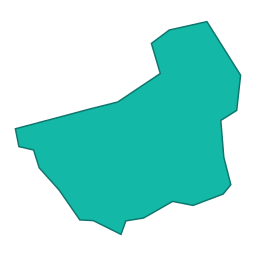 map outline of Kirklees (Mercator projection)
{"feature_id": "GBR-5671", "entity_name": "Kirklees", "entity_type": "Metropolitan Borough", "adm_level": 1, "iso_a3": "GBR", "parent_name": "United Kingdom", "parent_adm1": "", "projection": "mercator", "projection_center": [-1.78, 53.64], "detail": "fine", "context": "isolated", "style": "filled", "palette": "teal", "viewbox_px": 256, "rotation_deg": 0, "n_neighbors": 0, "source": "natural_earth", "source_scale": "10m", "svg_char_len": 419}
<svg xmlns="http://www.w3.org/2000/svg" viewBox="0 0 256 256"><path d="M121.0,234.4L93.2,220.6L79.8,219.9L59.1,190.0L39.2,167.8L33.6,150.0L18.9,146.6L15.4,128.8L90.9,108.7L117.7,102.0L160.3,73.5L151.4,43.4L169.3,30.0L206.9,21.6L240.6,75.2L236.7,110.4L220.8,120.4L223.8,157.2L230.8,184.7L223.2,194.0L193.1,205.4L172.6,201.4L143.6,218.0L125.8,220.9L121.0,234.4Z" fill="#14b8a6" stroke="#0f766e" stroke-width="1.5"/></svg>